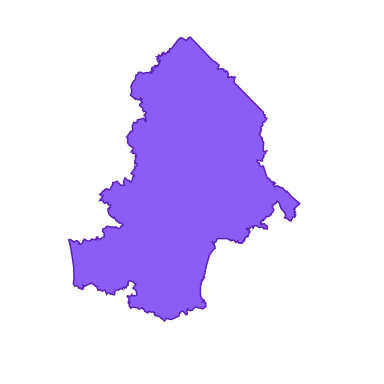 outline of Papantla, Veracruz, Mexico, rotated 207°
{"feature_id": "50627088B19201983933003", "entity_name": "Papantla", "entity_type": "district", "adm_level": 2, "iso_a3": "MEX", "parent_name": "Mexico", "parent_adm1": "Veracruz", "projection": "mercator", "projection_center": [-97.275, 20.413], "detail": "fine", "context": "isolated", "style": "filled", "palette": "violet", "viewbox_px": 384, "rotation_deg": 207, "n_neighbors": 0, "source": "geoboundaries", "source_scale": "gbopen_adm2", "svg_char_len": 6034}
<svg xmlns="http://www.w3.org/2000/svg" viewBox="0 0 384 384"><g transform="rotate(207 192 192)"><path d="M265.6,324.5L271.7,324.6L271.7,323.9L272.5,323.7L272.1,323.1L273.4,321.8L275.3,310.8L277.0,309.3L276.2,307.6L277.0,306.9L276.2,306.3L277.3,306.2L276.9,305.4L278.1,304.4L278.0,303.1L279.8,302.7L280.4,303.6L281.5,302.7L280.6,301.7L281.3,301.4L280.5,300.3L281.5,300.4L281.6,298.7L283.7,299.1L283.5,297.8L284.7,296.8L282.8,296.7L283.9,295.0L282.8,294.4L280.2,294.8L279.7,294.1L280.5,293.4L279.9,293.3L280.3,292.7L281.3,292.7L279.5,291.6L279.8,288.1L280.4,288.3L281.0,287.1L281.1,288.4L281.7,287.7L282.5,287.9L283.0,285.2L284.0,285.1L283.9,283.6L284.6,283.3L282.3,283.1L282.4,282.1L281.7,282.4L281.8,281.6L283.1,282.0L282.5,280.9L283.5,280.4L282.0,279.6L286.9,277.8L289.4,275.3L292.0,275.6L294.1,274.0L293.9,271.7L295.0,270.5L293.5,266.6L294.5,263.7L294.4,258.3L290.9,253.9L291.0,250.6L284.6,248.8L284.5,249.7L282.0,249.6L280.7,250.8L280.8,252.2L278.6,252.0L279.4,250.2L276.9,249.1L278.4,246.5L278.1,245.4L273.6,244.3L273.0,242.7L271.7,241.6L270.7,242.7L268.7,242.0L269.6,238.6L267.7,238.3L264.9,234.1L265.8,233.7L268.3,236.0L273.4,231.4L272.6,228.6L275.5,227.7L275.1,223.5L272.8,220.3L273.6,218.0L274.2,218.1L274.9,212.6L274.5,211.7L275.1,211.2L273.8,211.1L273.6,209.9L272.4,208.9L272.4,207.6L270.9,206.1L269.4,205.8L268.9,205.0L263.9,204.8L264.5,200.1L262.7,201.0L262.4,199.6L259.6,200.6L258.7,199.5L258.7,198.2L258.2,198.6L258.4,197.7L257.5,197.1L256.9,193.1L255.5,191.0L255.3,192.5L254.0,192.4L253.0,191.0L254.5,188.1L253.6,186.9L254.7,180.9L251.0,180.5L250.9,179.0L251.4,179.0L250.5,174.1L251.3,172.7L252.9,173.8L255.1,173.2L258.0,174.2L257.7,169.6L255.2,167.5L255.4,167.0L258.9,165.8L263.7,167.6L265.6,165.1L266.9,164.5L266.1,163.0L266.3,156.7L269.7,156.0L269.9,154.9L270.7,155.0L271.0,152.7L272.0,152.2L271.9,150.0L273.2,148.0L271.6,147.6L269.5,148.5L270.3,142.5L267.9,144.2L266.1,142.4L264.2,142.4L262.8,144.4L261.6,144.3L261.7,143.4L261.0,142.7L258.7,143.3L259.1,142.4L258.1,142.0L257.9,141.0L258.4,140.6L258.0,139.8L258.6,140.1L259.1,139.1L258.5,139.1L258.7,137.5L255.3,134.1L250.5,133.0L249.9,134.4L249.5,133.7L247.1,132.8L247.1,132.2L242.7,131.3L242.4,132.1L238.7,131.7L238.6,130.6L239.7,129.5L239.7,127.2L241.1,125.8L244.1,126.5L245.1,124.8L246.8,125.1L248.0,124.0L251.8,123.2L252.7,121.9L252.2,120.9L254.6,118.6L253.7,116.1L252.1,115.9L250.1,112.8L250.0,111.9L251.2,110.9L252.4,108.0L255.3,108.1L255.6,109.1L256.7,108.3L255.6,107.2L256.6,106.1L256.1,105.9L260.4,104.2L260.2,103.0L262.2,100.9L266.6,101.1L266.2,100.4L267.0,98.6L266.4,97.4L266.8,95.8L268.2,94.3L269.2,94.6L268.8,95.2L269.3,95.7L271.8,96.4L273.1,96.0L274.2,94.0L278.5,94.4L280.1,93.6L273.7,86.0L263.4,71.5L257.5,60.8L256.1,56.4L253.7,54.9L251.2,56.4L249.2,54.8L248.1,55.7L245.8,55.2L245.0,56.2L245.8,56.6L245.4,58.0L246.8,59.2L244.7,59.5L240.3,65.2L238.9,65.4L238.2,64.6L237.4,65.1L235.2,64.1L233.8,64.6L231.1,61.7L229.4,62.9L226.9,63.0L225.0,65.1L221.5,62.1L221.5,63.3L220.6,64.3L218.1,63.8L217.5,64.6L214.7,64.9L214.6,66.5L216.0,67.6L215.0,70.2L214.2,71.0L212.8,71.1L212.1,72.9L210.5,74.3L209.9,74.0L210.4,74.8L209.7,75.8L208.4,75.5L208.5,76.7L207.2,76.9L207.3,79.1L206.6,80.1L207.3,80.5L207.2,81.8L208.0,81.7L208.0,83.1L207.3,84.5L205.0,85.2L200.2,84.5L200.9,79.4L197.3,79.0L194.5,75.6L194.4,74.8L196.0,73.4L198.3,72.6L199.1,73.4L199.5,70.8L202.2,70.4L202.3,69.4L199.5,68.4L198.7,64.9L198.2,65.2L198.6,64.4L197.9,64.1L197.2,64.8L196.4,62.1L193.8,60.7L192.3,62.8L188.3,64.0L185.8,63.7L183.9,66.0L181.2,65.3L180.2,64.4L176.4,64.1L176.5,65.5L175.8,66.3L174.2,66.2L171.9,67.6L170.2,67.3L170.3,66.1L168.4,65.1L167.1,66.0L165.8,65.6L164.6,66.2L157.8,64.6L157.4,67.7L152.7,68.9L147.3,75.5L148.0,78.8L146.8,81.5L145.7,81.7L141.9,79.9L141.1,80.3L140.8,81.7L142.8,83.8L142.9,86.0L141.2,85.1L139.9,85.3L138.4,86.5L136.7,91.1L129.5,92.7L127.6,96.0L129.5,99.5L130.2,99.2L131.4,100.5L132.8,99.0L132.8,101.3L135.2,101.4L137.8,104.2L141.2,110.8L143.1,118.0L142.5,117.9L142.1,121.9L143.6,122.1L143.4,124.7L145.6,132.0L147.8,143.9L147.0,149.6L145.8,152.6L149.3,156.3L150.0,155.6L151.0,156.6L149.6,156.7L148.1,158.2L148.1,162.1L139.0,166.6L137.5,166.3L136.3,166.8L135.5,166.0L133.7,167.7L131.8,167.8L129.9,167.0L129.0,169.3L127.5,167.7L124.2,169.0L123.4,172.1L124.1,172.3L124.1,173.1L123.3,173.5L123.9,174.2L123.4,176.2L122.1,177.4L122.6,177.4L122.2,180.8L122.8,181.9L122.2,182.7L122.9,183.6L124.2,183.2L126.9,184.0L125.8,185.1L124.2,184.9L123.2,188.5L122.5,188.8L122.9,189.6L121.1,187.5L121.0,190.4L119.6,191.3L116.0,190.9L114.3,192.4L111.9,192.7L111.5,191.8L108.2,193.2L109.0,194.1L109.0,195.5L113.4,196.5L114.3,195.2L115.7,195.6L115.9,194.5L116.5,194.8L115.9,196.0L117.5,196.7L116.1,199.4L115.2,198.2L115.6,199.3L114.6,202.1L115.1,203.7L112.7,204.8L112.0,205.8L112.4,206.6L111.0,207.7L111.7,208.9L111.1,209.7L110.9,213.3L114.0,215.4L113.5,218.0L112.2,219.5L112.1,222.4L109.0,221.6L105.7,218.1L99.6,215.4L97.6,213.1L97.9,211.0L94.6,211.6L92.1,210.8L90.7,211.1L90.8,215.8L89.1,216.0L89.0,218.0L89.6,218.0L89.5,218.9L91.0,218.9L90.6,221.1L92.2,221.3L92.3,223.2L93.4,223.4L90.7,230.6L101.5,233.1L107.7,235.8L108.1,234.8L113.1,236.9L114.1,236.3L118.8,236.3L120.5,234.3L123.2,235.7L123.0,236.5L122.3,236.2L121.8,237.6L122.2,237.7L124.4,238.1L125.3,236.8L129.0,238.8L132.0,239.2L139.9,247.2L140.7,247.5L140.8,246.6L143.0,246.1L145.4,248.3L145.9,247.7L147.4,248.4L148.6,249.7L143.3,251.6L144.2,252.8L143.9,256.1L144.8,256.4L144.1,262.5L146.4,260.6L147.2,260.7L150.6,268.6L152.5,269.8L153.6,271.4L154.4,271.4L154.4,272.1L157.6,273.2L157.7,275.0L158.4,275.1L158.0,277.8L159.0,278.2L158.9,279.7L160.5,281.3L159.4,282.5L159.4,284.2L160.5,285.2L160.2,286.8L159.2,287.4L158.7,291.7L160.8,291.5L161.8,293.8L163.3,293.6L164.8,295.6L204.3,308.7L205.5,311.5L205.4,313.8L207.0,313.7L208.2,312.3L209.0,312.8L211.6,310.4L212.1,310.4L212.0,311.6L213.0,311.8L212.9,313.4L215.8,315.6L217.0,315.3L217.0,314.1L218.7,314.5L219.3,315.8L221.4,315.4L224.7,313.2L225.5,317.3L230.6,318.6L232.3,318.2L263.9,329.2L265.5,326.9L265.6,324.5Z" fill="#8b5cf6" stroke="#5b21b6" stroke-width="1.5"/></g></svg>